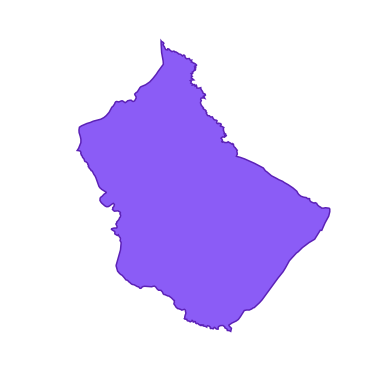 Bar Kaev, Rôtânôkiri, Cambodia, rotated 303°
{"feature_id": "14789045B1081275636897", "entity_name": "Bar Kaev", "entity_type": "district", "adm_level": 2, "iso_a3": "KHM", "parent_name": "Cambodia", "parent_adm1": "Rôtânôkiri", "projection": "natural_earth1", "projection_center": [107.211, 13.715], "detail": "fine", "context": "isolated", "style": "filled", "palette": "violet", "viewbox_px": 384, "rotation_deg": 303, "n_neighbors": 0, "source": "geoboundaries", "source_scale": "gbopen_adm2", "svg_char_len": 5958}
<svg xmlns="http://www.w3.org/2000/svg" viewBox="0 0 384 384"><g transform="rotate(303 192 192)"><path d="M164.3,73.1L165.2,75.0L165.4,76.2L164.4,77.6L163.8,77.7L163.2,78.4L163.1,78.9L162.6,79.2L162.3,80.4L161.5,81.3L160.9,83.4L159.5,85.1L159.3,85.8L159.6,86.7L159.3,88.5L159.0,89.2L158.5,89.4L158.1,90.1L158.1,90.7L156.9,91.1L156.6,91.6L156.7,92.2L156.0,92.9L155.6,94.9L155.2,95.3L155.0,96.0L155.2,97.0L153.4,100.0L152.5,102.2L151.4,103.9L146.1,110.8L145.4,112.4L145.0,114.9L145.1,120.0L144.7,120.4L142.2,119.4L139.6,119.0L137.8,118.3L136.8,118.3L134.8,119.4L134.0,120.9L133.5,122.4L133.0,125.8L132.9,127.1L133.2,128.5L134.1,129.7L135.3,130.4L139.1,131.8L139.7,132.4L139.1,133.8L137.0,134.4L135.9,134.0L135.2,134.6L134.0,134.8L133.6,137.3L135.9,140.2L135.9,142.8L135.5,143.4L134.4,143.4L133.9,144.5L133.5,144.9L132.0,145.5L130.7,145.3L129.2,145.7L125.7,145.2L125.1,145.8L123.7,145.6L122.5,147.6L121.8,148.3L120.8,148.4L119.2,146.1L117.4,144.6L116.8,144.8L116.7,145.8L116.8,148.6L116.5,149.1L115.2,149.8L114.8,150.2L114.8,150.9L114.9,153.1L116.0,153.5L115.0,155.2L114.6,156.7L113.8,157.5L112.0,158.2L111.6,159.1L110.9,160.2L104.4,163.6L89.5,168.2L88.7,168.6L85.1,172.7L84.3,175.3L84.0,177.1L84.1,178.7L83.3,181.6L82.3,184.5L82.7,185.6L82.7,186.8L82.3,187.8L82.3,189.3L82.0,190.0L81.9,191.9L82.3,193.2L82.7,193.9L82.9,197.7L83.4,198.8L82.9,200.7L83.1,201.2L83.8,201.8L85.0,201.9L86.0,202.4L87.2,203.7L90.6,209.9L91.6,210.6L92.6,211.8L92.6,213.3L91.7,215.5L91.4,217.4L92.6,219.5L92.1,221.5L90.9,223.4L90.8,224.5L91.4,225.5L91.3,226.1L91.7,228.5L92.2,229.3L92.0,232.4L91.3,235.5L91.4,236.3L90.5,236.7L89.9,237.3L89.0,237.4L88.2,237.9L87.6,239.6L86.8,241.1L86.4,243.4L86.7,243.9L87.4,246.7L87.3,247.6L88.0,248.4L89.4,249.4L89.5,250.1L89.1,251.0L88.0,251.8L87.4,252.6L86.4,253.1L85.2,253.3L83.5,253.9L82.4,254.5L81.6,254.5L81.5,255.2L82.4,257.0L81.7,257.7L81.5,258.3L82.1,259.6L82.1,261.0L82.4,261.5L83.9,262.1L84.4,262.0L84.5,262.5L83.6,263.9L84.0,264.4L84.7,264.6L85.1,265.4L84.1,266.5L84.0,267.3L84.8,268.2L84.9,268.7L84.6,270.1L84.8,270.8L84.6,271.6L85.0,272.3L85.6,272.0L86.5,273.8L85.8,273.8L86.0,275.1L86.6,276.2L86.7,277.9L87.2,277.6L88.4,277.9L88.8,279.4L88.8,280.4L88.3,281.1L87.8,281.4L87.6,281.9L88.3,282.7L88.8,284.3L90.6,284.4L90.8,285.0L90.4,286.2L90.6,287.7L91.3,288.6L92.8,287.6L94.2,287.8L95.6,288.8L96.9,290.7L96.7,293.0L96.0,293.5L96.1,295.1L96.0,296.3L95.1,297.0L96.1,298.9L96.2,300.4L99.2,299.3L99.8,296.4L100.4,295.4L103.9,296.9L107.8,299.3L110.4,300.3L113.8,300.5L121.1,300.4L122.8,302.1L124.2,304.3L126.5,305.8L128.1,306.4L129.0,307.2L135.9,308.9L139.6,309.5L166.8,311.0L174.6,311.8L179.1,311.7L187.3,311.1L190.6,311.6L197.7,312.8L199.7,313.6L205.6,314.9L213.3,317.7L219.2,320.6L229.8,320.4L230.5,321.7L238.5,320.4L246.2,319.8L250.5,318.3L252.8,316.8L253.1,315.8L251.5,312.5L250.0,311.0L249.1,309.4L249.4,307.9L249.1,307.1L249.3,305.9L249.3,305.1L249.9,303.5L250.4,302.7L250.1,301.0L249.3,300.6L249.0,299.7L248.6,297.3L248.8,296.1L249.3,295.1L250.4,294.3L250.3,293.6L249.6,293.2L249.4,292.7L249.6,290.9L248.5,288.5L247.8,285.6L248.1,282.8L248.8,281.1L249.7,279.6L250.4,274.5L250.5,268.6L250.2,264.2L250.3,262.2L249.6,258.1L249.5,255.9L248.9,249.8L249.7,243.7L249.7,242.1L251.0,238.8L250.1,228.9L248.4,218.1L247.3,213.5L246.1,209.8L247.6,209.4L248.5,209.4L250.7,207.3L251.7,207.2L251.8,206.3L252.2,205.7L252.2,205.1L252.7,204.2L252.9,202.5L254.0,201.2L254.6,200.8L254.7,199.9L254.1,200.0L253.9,199.1L254.0,197.4L253.7,196.3L253.9,195.6L253.8,194.9L253.0,194.8L252.1,193.8L251.3,192.4L251.2,191.2L250.9,190.7L250.4,190.5L250.4,189.6L252.0,189.4L252.9,187.7L252.9,187.1L253.6,187.1L254.9,187.7L255.7,189.4L257.0,188.8L257.0,189.8L257.5,190.0L258.1,190.0L258.3,189.1L259.0,188.5L258.4,187.2L259.2,187.0L260.7,184.8L261.2,184.8L261.6,184.2L262.1,183.8L263.4,183.6L263.3,181.1L262.7,180.5L262.8,179.7L264.5,179.7L265.0,178.9L264.1,176.7L263.5,176.6L263.2,175.7L263.5,174.9L265.5,174.1L265.5,173.5L265.0,172.2L264.7,171.1L265.2,169.7L266.1,168.2L265.0,166.6L265.3,165.7L265.4,165.0L264.6,163.4L265.8,161.2L266.5,161.2L267.1,159.7L267.8,159.5L268.0,158.7L267.9,156.3L268.2,155.8L268.7,155.8L269.5,153.7L269.6,152.9L271.2,150.7L271.8,150.3L273.8,150.0L274.4,148.8L275.7,148.5L277.3,150.6L277.5,151.7L278.0,150.8L277.8,150.3L278.0,149.5L278.5,149.4L278.9,150.0L279.4,150.2L279.8,149.9L280.5,150.5L281.2,149.9L281.0,147.4L281.9,146.3L283.1,143.5L284.3,142.5L282.7,141.1L281.9,139.4L283.4,138.2L283.8,137.4L283.1,137.4L282.4,137.0L283.5,135.7L283.3,135.2L282.5,134.8L281.9,134.0L282.7,133.9L282.9,132.5L282.7,131.6L284.3,131.2L284.5,129.9L285.4,130.4L287.0,132.4L287.3,130.5L287.2,129.3L288.1,129.0L289.1,129.2L289.0,128.3L290.6,127.7L290.9,126.8L291.9,127.9L292.6,127.5L292.8,127.0L293.7,127.5L295.1,127.7L295.8,128.3L296.5,128.3L297.0,127.9L296.7,127.2L297.4,127.2L298.1,126.3L298.5,127.2L299.4,126.0L300.0,126.7L300.9,126.7L301.3,125.1L301.1,124.5L301.3,124.0L300.9,123.2L301.1,121.6L300.7,120.6L302.4,119.9L301.7,119.4L301.6,118.8L302.5,117.1L300.8,114.9L301.0,113.5L301.3,112.8L302.3,111.9L302.5,111.0L302.4,110.5L301.9,110.1L301.0,110.1L300.9,109.5L301.3,107.6L300.5,105.4L300.8,104.6L300.7,102.1L300.1,101.4L300.4,100.6L300.2,99.9L298.8,98.7L298.9,96.4L299.3,95.1L299.2,94.3L298.9,93.7L298.0,94.2L297.2,92.9L297.4,91.8L298.3,90.3L298.9,89.6L299.2,88.3L299.9,87.4L301.2,87.5L301.7,86.8L301.8,85.4L301.5,84.8L301.9,83.8L299.3,85.5L292.5,90.5L286.1,96.5L283.5,98.4L274.8,97.9L271.4,97.9L265.9,97.4L261.3,96.6L256.7,94.7L252.4,91.8L251.3,91.5L246.2,91.6L244.9,91.0L242.9,90.6L242.3,91.3L241.5,93.1L240.3,94.0L237.3,94.2L236.1,93.6L235.6,92.7L235.9,91.2L235.2,90.0L233.4,88.3L232.4,88.1L230.5,87.3L230.6,84.1L229.9,83.1L227.7,81.6L226.9,79.5L226.1,78.9L225.1,78.8L223.9,79.1L222.4,79.1L221.1,79.1L219.4,78.6L213.7,79.1L209.4,78.5L206.5,77.6L203.4,75.9L197.6,70.6L195.0,68.9L192.2,66.5L187.3,63.3L185.0,62.3L182.5,63.4L180.3,65.0L177.9,67.9L175.6,70.2L172.9,71.9L167.0,73.1L164.3,73.1Z" fill="#8b5cf6" stroke="#5b21b6" stroke-width="1.5"/></g></svg>